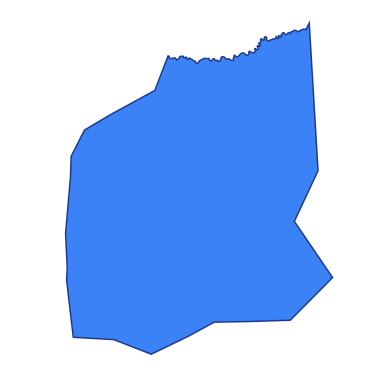 Tu'mencogt, Sühbaatar, Mongolia, rotated 355°
{"feature_id": "93677404B61124840987439", "entity_name": "Tu'mencogt", "entity_type": "district", "adm_level": 2, "iso_a3": "MNG", "parent_name": "Mongolia", "parent_adm1": "Sühbaatar", "projection": "albers", "projection_center": [112.543, 47.569], "detail": "fine", "context": "isolated", "style": "filled", "palette": "blue", "viewbox_px": 384, "rotation_deg": 355, "n_neighbors": 0, "source": "geoboundaries", "source_scale": "gbopen_adm2", "svg_char_len": 4548}
<svg xmlns="http://www.w3.org/2000/svg" viewBox="0 0 384 384"><g transform="rotate(355 192 192)"><path d="M61.1,326.4L101.1,332.2L137.2,350.0L175.0,335.7L202.8,323.6L237.6,326.0L278.7,328.3L324.6,289.5L291.4,230.2L319.4,181.8L323.5,34.0L319.6,40.1L319.4,39.8L319.1,39.6L318.8,39.7L317.5,39.7L316.5,39.5L315.9,39.7L315.3,40.0L314.9,40.4L314.5,40.5L314.2,40.5L313.9,40.6L313.8,40.8L313.6,40.9L313.3,40.8L313.1,40.8L312.9,41.0L312.7,41.1L312.1,41.3L311.6,41.6L311.3,41.6L311.1,41.6L310.6,41.0L310.1,40.4L309.6,40.2L308.9,40.0L308.4,39.8L308.1,39.7L307.7,39.8L307.3,40.1L306.9,40.6L306.6,40.8L306.3,40.9L305.6,40.9L305.0,41.0L304.5,41.2L304.3,41.4L304.2,41.7L304.1,42.1L304.0,42.4L303.6,42.8L303.1,42.7L302.7,42.1L302.4,41.9L302.2,41.7L301.8,41.7L300.4,43.1L299.9,43.4L299.3,43.4L298.8,43.1L298.3,42.6L298.0,42.1L297.5,41.5L297.1,41.3L296.6,41.3L296.2,41.4L296.0,41.5L296.0,42.0L295.9,42.4L295.6,42.7L295.1,42.8L294.8,43.0L294.4,43.3L294.4,43.9L294.4,44.4L294.3,44.8L294.1,45.1L293.8,45.2L293.5,45.3L293.1,45.0L293.0,44.6L292.7,44.2L292.3,43.9L292.0,44.0L291.7,44.1L291.6,44.4L291.5,44.7L291.6,44.9L291.6,45.2L291.7,45.7L291.7,46.0L291.4,46.4L291.0,46.5L290.5,46.5L290.2,46.2L289.8,45.9L289.7,45.4L289.6,45.1L289.6,44.8L289.5,44.6L289.4,44.5L289.3,44.8L289.3,45.2L289.2,45.6L288.8,46.0L288.3,46.5L287.8,46.7L287.2,46.7L286.3,46.7L285.9,46.6L285.5,46.8L285.0,47.1L284.5,47.1L284.0,47.2L283.7,47.2L283.4,47.4L282.8,47.8L282.2,48.1L281.4,48.2L280.9,48.1L280.4,47.9L280.0,47.6L279.9,47.2L279.7,46.7L279.7,46.0L279.7,45.0L279.8,44.5L279.6,44.2L279.2,43.9L278.7,43.8L278.3,43.8L278.0,43.9L277.8,44.1L277.5,44.4L277.3,45.0L277.5,45.5L277.5,46.0L277.3,46.5L277.0,46.8L276.5,46.9L276.0,46.8L275.7,46.5L275.3,46.0L275.0,45.7L274.7,45.6L274.3,45.6L273.9,45.7L273.7,45.9L273.5,46.2L273.5,46.7L273.5,47.1L273.7,47.4L273.7,47.7L273.6,48.2L273.4,48.6L273.1,49.0L272.7,49.2L272.1,49.3L271.6,49.4L271.4,49.6L271.4,49.8L271.4,50.1L271.7,50.4L272.1,50.6L272.5,51.1L272.8,51.6L272.8,52.1L272.6,52.5L272.1,52.6L271.6,52.5L271.1,52.3L270.6,52.1L270.2,52.1L269.9,52.2L269.7,52.6L269.8,53.0L270.1,53.6L270.4,54.3L270.4,54.9L270.3,55.4L269.9,55.7L269.3,55.9L268.9,55.9L268.6,55.8L268.2,55.2L267.9,54.7L267.6,54.6L267.3,54.6L267.1,54.8L266.9,54.9L266.9,55.0L267.2,55.6L267.5,56.1L267.5,56.9L267.2,57.6L266.6,58.2L265.7,58.4L265.2,58.6L264.3,58.7L263.5,58.3L263.0,58.0L262.6,57.5L262.2,57.1L261.9,56.9L261.5,56.9L261.2,57.0L260.9,57.3L260.8,57.9L260.8,58.6L260.5,59.4L260.0,60.1L259.6,60.5L259.1,60.7L258.7,60.7L258.1,60.4L257.7,60.2L257.1,59.5L256.4,58.6L256.2,58.3L255.8,58.1L254.9,58.0L253.9,58.0L253.3,58.3L252.6,58.6L252.2,58.8L251.4,59.6L250.6,60.3L249.8,60.9L249.3,61.3L248.4,61.4L247.8,61.1L247.4,60.7L247.1,60.2L246.9,59.8L246.6,59.5L246.3,59.5L246.1,59.6L245.9,59.8L245.8,60.0L245.8,60.8L245.6,61.1L245.4,61.5L245.1,61.7L244.9,62.1L244.8,62.7L245.0,63.6L244.8,64.0L244.6,64.2L244.3,64.4L243.6,64.5L243.2,64.5L242.4,64.1L241.8,63.7L241.1,63.1L240.5,62.7L239.8,62.4L239.5,62.4L238.8,62.7L238.4,63.0L238.0,63.0L237.6,62.8L237.2,62.3L237.1,61.8L237.0,61.5L236.6,61.1L236.2,60.7L235.3,60.2L234.3,60.0L233.1,60.1L232.8,60.8L232.6,61.5L232.2,62.0L231.8,62.6L231.8,63.5L231.6,64.0L231.1,64.3L230.5,64.4L229.9,64.3L229.3,63.9L229.3,63.4L229.1,63.1L228.9,62.9L228.5,63.0L227.9,63.1L227.4,63.2L226.8,63.1L226.4,62.7L226.2,61.8L225.8,61.3L225.4,61.1L224.9,61.1L224.6,61.2L224.3,61.4L223.9,62.0L223.6,62.6L223.2,62.9L222.7,63.2L222.2,63.1L221.5,62.7L221.2,62.1L220.9,61.2L220.6,60.8L220.3,60.4L219.9,60.3L219.1,60.4L218.4,60.3L217.9,60.3L217.3,60.2L216.5,59.9L215.4,60.0L214.8,60.2L214.5,60.5L214.1,60.9L213.8,61.0L213.0,61.0L212.3,61.2L211.6,61.5L211.0,61.9L210.7,62.3L210.1,62.7L209.7,63.1L209.2,63.8L208.7,64.3L208.1,64.5L207.2,63.9L207.1,62.8L206.7,62.2L206.5,61.9L205.7,61.6L205.1,61.3L204.7,60.9L204.1,60.4L203.4,59.9L202.6,59.5L201.9,58.9L201.5,58.5L201.2,58.3L200.7,58.6L200.5,59.0L200.2,59.5L199.9,59.7L199.5,59.7L199.1,59.5L198.7,58.9L198.5,58.1L198.4,57.6L197.8,57.2L197.5,57.2L196.9,57.3L196.4,57.5L196.1,57.7L195.7,57.7L195.3,57.3L195.2,56.7L195.2,56.3L195.0,56.0L194.6,55.9L193.9,55.9L193.4,56.0L192.8,55.9L192.2,55.9L191.9,55.9L191.6,56.2L191.2,56.8L190.6,58.0L189.9,58.4L189.3,58.8L188.9,59.0L188.4,59.0L188.0,58.9L187.8,58.3L187.6,57.7L187.2,57.3L186.7,57.0L186.2,56.9L185.1,56.9L183.8,57.2L182.5,57.3L181.5,57.1L181.1,56.8L181.0,56.4L181.1,56.0L181.2,55.5L181.1,54.9L180.6,54.6L180.0,54.4L163.8,87.6L117.3,107.9L90.3,120.9L74.7,146.0L72.3,166.1L62.4,222.7L61.1,256.6L59.4,268.7L60.2,297.0L61.1,326.4Z" fill="#3b82f6" stroke="#1e3a8a" stroke-width="1.5"/></g></svg>